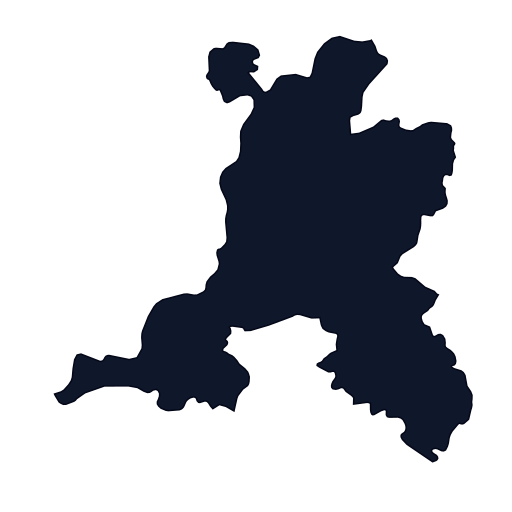 the border of Vilniaus, rotated 177°
{"feature_id": "LTU-1075", "entity_name": "Vilniaus", "entity_type": "County", "adm_level": 1, "iso_a3": "LTU", "parent_name": "Lithuania", "parent_adm1": "", "projection": "mercator", "projection_center": [25.254, 54.825], "detail": "fine", "context": "isolated", "style": "filled", "palette": "ink", "viewbox_px": 512, "rotation_deg": 177, "n_neighbors": 0, "source": "natural_earth", "source_scale": "10m", "svg_char_len": 5971}
<svg xmlns="http://www.w3.org/2000/svg" viewBox="0 0 512 512"><g transform="rotate(177 256 256)"><path d="M464.4,128.7L457.6,130.5L454.8,132.1L449.7,137.2L446.9,141.1L445.7,144.4L444.5,153.0L442.5,162.0L439.8,166.5L435.9,167.2L417.2,158.8L414.7,159.1L413.2,160.6L412.1,162.5L411.0,163.7L409.3,164.3L407.8,164.3L388.1,159.2L380.1,160.6L374.6,169.4L374.1,172.9L374.3,180.6L373.9,184.3L373.1,187.0L366.6,201.2L360.5,210.6L357.8,213.5L351.4,217.2L329.9,221.6L326.6,221.6L320.2,220.1L316.9,220.0L310.3,222.8L308.2,224.6L307.5,227.0L307.2,229.7L306.1,232.9L302.4,237.3L298.2,240.5L294.7,244.2L292.9,250.0L293.1,252.7L294.7,258.9L294.8,261.4L294.0,264.0L293.1,264.6L291.9,264.6L290.1,265.5L286.3,269.0L284.4,271.7L283.8,275.8L284.4,291.5L284.2,294.7L283.5,297.9L282.5,300.8L281.8,303.8L281.6,307.7L282.7,313.7L287.1,324.6L288.2,330.5L287.2,336.6L284.8,341.4L281.4,344.9L270.5,351.3L267.8,355.0L265.9,361.2L265.1,369.2L265.2,375.5L264.6,381.4L261.4,388.0L253.3,397.9L249.9,404.4L249.7,412.1L252.1,416.0L256.0,417.5L263.7,417.0L274.3,411.4L276.9,410.7L279.4,412.1L280.4,414.6L280.9,417.6L282.8,423.0L283.5,424.1L284.2,424.2L286.2,423.6L287.0,423.8L288.7,425.7L290.3,427.9L291.7,430.6L292.9,434.0L293.6,435.0L294.6,435.3L295.4,436.0L295.9,437.8L295.5,439.2L293.4,442.0L292.8,443.4L292.7,457.3L291.2,462.0L287.2,465.1L285.1,465.4L278.4,464.5L276.5,465.4L273.7,469.3L271.8,470.4L267.9,470.5L252.2,467.9L247.5,465.6L243.4,461.7L242.1,456.3L243.4,454.1L248.5,452.4L249.7,450.1L248.8,447.5L244.5,445.2L244.9,442.2L248.5,440.1L252.7,440.5L254.2,439.3L241.7,422.2L240.8,420.5L239.7,419.3L237.4,418.8L232.9,421.0L225.8,431.5L221.5,434.3L206.9,435.1L195.7,431.1L192.5,431.6L190.3,435.6L186.6,449.9L183.7,456.2L176.5,464.3L168.7,469.4L160.8,470.7L146.8,465.2L138.6,464.0L130.4,465.0L129.5,465.5L126.3,459.2L125.1,454.7L124.3,452.7L123.2,451.2L121.5,450.1L117.2,448.0L115.4,446.4L114.6,444.0L115.2,441.1L134.3,422.1L140.7,413.8L141.9,409.3L142.9,400.0L143.7,395.7L144.3,394.3L145.1,393.4L146.8,392.4L151.6,391.3L154.9,389.7L155.6,386.3L155.2,372.4L146.4,373.1L131.8,378.5L123.5,384.7L121.6,385.0L119.3,384.1L115.8,383.5L113.6,383.9L110.8,385.8L109.3,386.3L107.4,386.2L106.2,384.6L105.9,382.8L106.4,380.8L106.7,379.0L106.2,377.2L105.0,376.2L99.9,373.8L95.0,372.8L92.5,372.9L89.4,374.8L85.2,376.6L83.0,378.2L77.0,379.9L74.1,380.2L58.4,378.0L54.9,375.8L54.2,373.7L54.2,371.3L55.0,368.7L55.7,364.1L54.9,361.9L51.9,358.5L51.7,357.8L52.2,356.8L53.1,355.9L53.2,353.0L53.6,351.2L51.8,344.2L53.7,341.8L55.0,338.0L55.5,331.5L56.1,328.6L56.9,326.7L58.6,326.4L60.0,327.2L61.6,327.5L63.3,327.3L64.6,326.0L65.5,324.2L66.0,321.3L66.5,319.5L66.4,317.8L66.2,316.6L63.6,313.6L64.0,310.0L63.9,308.4L63.5,306.1L62.8,303.6L62.3,301.2L62.6,298.3L64.1,295.9L67.1,294.0L74.4,291.8L76.6,288.1L77.7,287.1L79.7,287.2L86.2,288.8L88.2,288.3L89.4,286.8L89.8,283.3L89.9,280.2L90.2,277.3L90.8,274.5L93.3,268.2L94.5,262.4L95.0,260.5L96.2,258.9L98.2,257.2L109.9,250.7L112.3,248.3L115.3,241.9L120.5,237.8L119.6,235.8L115.7,230.6L112.5,228.1L109.3,226.8L101.7,226.2L98.4,224.9L88.9,215.9L79.8,211.3L77.5,208.4L76.0,207.7L79.4,202.7L80.5,200.2L81.5,198.2L82.1,197.4L83.0,196.5L85.2,195.2L86.2,194.3L87.1,193.1L88.1,192.3L91.2,190.5L92.8,189.3L93.8,188.1L94.3,186.6L94.3,185.1L93.6,181.8L91.8,178.5L86.4,175.9L84.1,167.7L83.2,166.4L81.6,166.1L78.0,167.9L75.9,168.0L73.8,166.7L71.9,163.1L71.7,159.3L72.0,156.9L71.6,155.1L70.0,153.6L67.1,151.6L65.6,150.1L63.8,147.9L62.6,145.0L62.0,140.6L62.6,138.2L63.8,136.9L65.6,136.5L66.7,135.8L66.5,134.7L64.2,133.1L57.2,130.5L55.1,128.7L53.6,125.9L52.2,115.0L48.8,109.3L47.6,105.7L47.9,101.8L48.4,99.0L48.2,95.8L48.9,92.9L49.6,91.1L52.3,81.8L57.3,77.9L58.6,77.6L60.0,77.7L61.4,78.5L63.0,77.7L69.4,70.8L71.5,67.4L72.7,64.4L73.8,59.0L74.9,55.9L76.9,52.4L78.8,51.6L80.8,51.9L84.9,54.1L87.0,54.6L89.9,54.0L90.9,52.7L90.7,51.1L89.5,49.7L86.2,47.3L85.3,45.8L85.2,44.2L86.1,43.0L87.0,42.4L90.4,41.3L115.0,60.0L119.3,65.0L120.5,67.7L120.4,69.5L119.5,70.5L116.9,72.1L115.9,73.5L115.2,75.2L115.0,77.3L115.2,79.1L115.8,81.1L117.8,85.1L119.9,86.8L122.8,87.8L131.4,88.1L133.2,88.7L134.1,90.5L134.0,92.5L133.8,94.5L134.4,95.6L136.0,96.0L139.4,95.0L146.5,91.5L147.8,91.4L148.6,92.0L149.4,94.1L149.6,96.7L149.4,101.3L149.4,102.9L151.1,103.8L152.8,104.1L166.3,103.0L165.8,109.2L166.6,110.6L168.3,112.3L173.1,116.1L175.3,119.5L177.1,120.3L178.8,120.0L180.9,119.2L183.3,118.8L186.1,119.4L187.2,120.8L187.3,122.5L186.7,124.5L185.8,126.4L183.1,129.8L182.3,131.8L182.9,135.5L184.1,136.8L185.9,136.9L187.6,136.5L189.7,136.6L198.3,141.7L200.7,143.5L200.4,144.9L199.0,145.7L196.9,146.3L195.2,147.3L193.3,149.8L190.2,151.7L187.6,154.0L186.0,155.0L180.0,157.3L180.3,163.6L179.3,168.4L178.3,171.9L178.7,173.6L180.0,174.7L187.2,176.5L189.8,177.8L192.8,180.2L193.8,182.5L194.3,184.0L195.4,191.1L203.8,191.3L215.0,195.3L217.9,195.7L220.6,195.2L222.8,194.0L247.0,186.4L265.4,182.0L270.9,182.1L271.6,183.3L272.0,184.6L273.6,185.5L283.1,187.3L285.5,187.2L286.4,186.3L285.6,184.7L285.2,182.4L285.5,180.0L289.1,176.8L290.5,175.3L291.0,174.0L290.4,173.2L289.3,172.2L289.0,170.8L289.7,169.0L293.8,165.5L294.5,163.5L293.5,162.2L291.6,161.6L290.0,160.6L288.6,159.3L285.3,157.6L283.5,156.0L280.6,152.4L279.6,150.6L278.5,148.8L273.1,143.9L270.4,140.4L269.7,138.3L269.1,135.6L269.6,130.9L270.2,128.8L271.2,127.1L276.2,123.8L281.5,117.5L282.6,115.0L286.1,102.4L293.8,107.4L300.4,109.6L307.1,105.8L309.2,108.5L311.1,112.0L312.6,113.5L314.6,114.0L319.8,112.7L321.0,112.9L322.3,114.5L323.0,117.0L323.9,118.1L325.9,118.6L329.0,117.9L331.3,116.6L333.0,115.2L334.0,113.8L335.8,110.2L336.5,109.0L337.7,107.8L338.8,107.1L340.5,106.5L351.6,106.2L354.0,106.7L358.8,109.0L361.0,111.2L362.2,113.4L362.1,115.6L360.9,117.8L359.7,120.8L359.4,123.8L360.7,126.8L362.9,128.1L366.0,127.5L367.8,126.3L369.4,125.5L371.5,125.4L375.0,126.9L381.2,130.9L390.1,133.0L414.1,134.2L433.9,128.4L442.7,122.9L443.9,121.5L445.5,120.5L453.6,117.9L456.2,118.0L458.6,119.3L460.2,120.5L463.9,127.4L464.4,128.7Z" fill="#0f172a" stroke="#020617" stroke-width="1.5"/></g></svg>